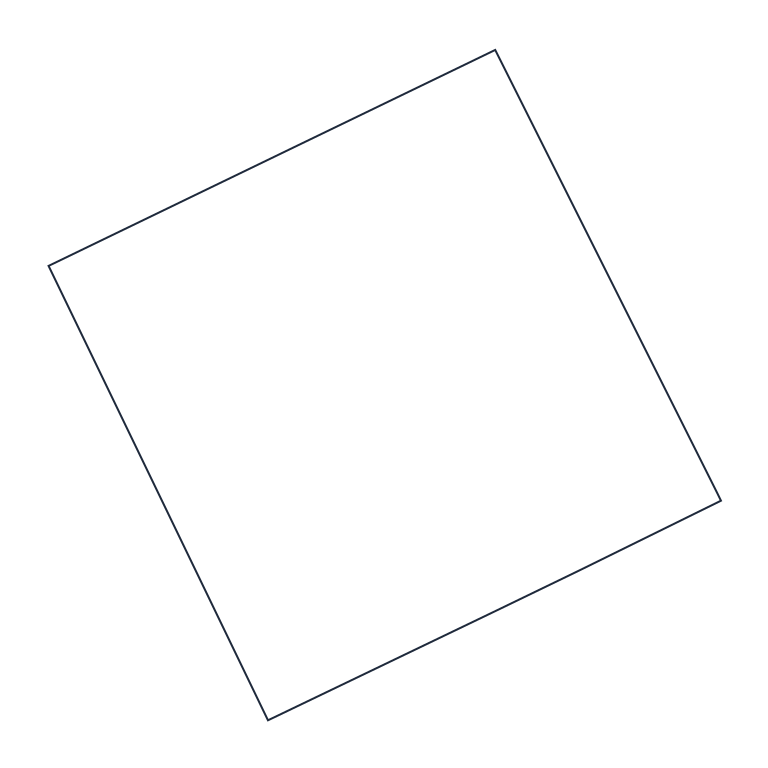 outline of Clinton, Michigan, United States of America, rotated 334°
{"feature_id": "52423323B76154940734365", "entity_name": "Clinton", "entity_type": "district", "adm_level": 2, "iso_a3": "USA", "parent_name": "United States of America", "parent_adm1": "Michigan", "projection": "albers", "projection_center": [-84.531, 42.944], "detail": "fine", "context": "isolated", "style": "outline", "palette": "slate", "viewbox_px": 768, "rotation_deg": 334, "n_neighbors": 0, "source": "geoboundaries", "source_scale": "gbopen_adm2", "svg_char_len": 262}
<svg xmlns="http://www.w3.org/2000/svg" viewBox="0 0 768 768"><g transform="rotate(334 384 384)"><path d="M630.4,132.5L134.3,130.8L132.3,635.4L381.5,636.9L477.6,637.2L635.7,636.6L635.7,628.2L630.4,132.5Z" fill="none" stroke="#1e293b" stroke-width="2"/></g></svg>